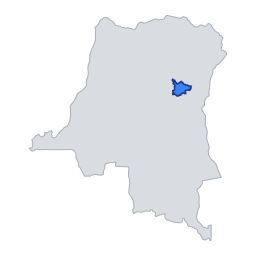 Lubutu, Maniema, Democratic Republic of the Congo shown in context
{"feature_id": "63176286B14336347527587", "entity_name": "Lubutu", "entity_type": "district", "adm_level": 2, "iso_a3": "COD", "parent_name": "Democratic Republic of the Congo", "parent_adm1": "Maniema", "projection": "natural_earth1", "projection_center": [26.789, -0.716], "detail": "fine", "context": "in_parent", "style": "filled", "palette": "blue", "viewbox_px": 256, "rotation_deg": 0, "n_neighbors": 0, "source": "geoboundaries", "source_scale": "gbopen_adm2", "svg_char_len": 6830}
<svg xmlns="http://www.w3.org/2000/svg" viewBox="0 0 256 256"><path d="M221.2,177.4L202.0,180.9L202.4,182.2L202.2,183.5L201.7,184.5L199.8,187.3L196.9,189.8L196.9,190.4L198.3,193.2L199.2,197.1L199.0,203.9L199.4,205.7L199.3,207.2L198.3,208.8L196.4,216.9L197.7,220.9L201.4,224.6L203.6,227.4L207.4,228.3L208.0,228.2L208.2,225.9L211.2,225.0L211.1,239.6L210.9,240.5L210.4,240.6L209.7,240.2L209.4,238.8L208.7,238.2L205.0,240.0L204.1,239.9L203.1,239.6L202.4,238.9L202.2,237.8L199.6,233.5L198.3,233.2L196.9,229.4L191.2,226.6L189.0,226.4L187.9,225.5L186.8,222.5L184.8,220.6L184.4,218.4L184.0,218.1L182.9,218.5L181.9,221.9L180.6,222.7L178.2,222.8L172.4,221.8L168.2,220.1L167.1,220.2L165.4,218.6L164.7,216.0L165.1,214.0L164.7,213.7L158.3,215.4L156.8,216.4L155.4,216.2L154.9,215.6L155.5,214.2L155.2,212.7L154.8,212.0L152.9,211.5L152.3,209.8L151.1,209.6L150.7,209.8L150.4,210.9L149.7,211.3L145.9,210.8L141.9,212.2L136.6,211.8L134.1,213.5L133.7,213.5L133.2,212.6L132.7,209.8L132.9,209.1L133.7,208.5L134.0,207.4L133.7,204.6L133.9,203.9L133.6,202.2L132.8,199.6L131.7,197.5L129.3,194.3L128.8,192.7L129.0,189.1L129.7,183.4L129.6,179.2L128.6,176.4L128.4,173.5L129.0,168.2L128.4,166.9L116.3,166.4L115.8,166.0L115.5,165.3L116.1,162.1L108.7,162.9L106.5,163.5L105.1,164.8L104.6,166.5L104.6,168.8L103.5,171.0L103.2,174.7L101.1,175.1L99.1,175.1L95.1,174.3L91.3,175.4L89.4,176.4L88.4,175.9L85.0,176.3L84.5,176.0L80.6,168.6L78.8,166.2L78.4,165.0L78.6,163.8L78.1,162.3L76.2,158.5L75.9,156.8L76.0,154.0L75.7,153.1L74.1,150.7L73.0,149.9L71.8,149.5L51.9,149.8L45.3,149.4L40.6,149.7L38.1,149.5L37.5,149.1L35.3,149.6L34.1,150.6L32.4,151.1L31.4,150.9L29.3,148.2L32.1,147.7L32.3,147.4L32.4,140.9L31.7,140.0L33.2,138.8L35.6,135.9L37.9,134.9L38.3,134.3L38.8,134.3L39.6,135.6L41.7,137.1L44.2,135.7L44.5,135.4L44.8,132.5L45.4,132.3L46.5,132.9L47.1,132.9L48.2,132.1L51.4,130.7L52.4,132.5L51.5,134.1L51.9,135.3L52.0,137.1L52.5,137.5L55.1,137.7L55.8,137.2L60.8,130.8L62.1,130.0L64.3,127.5L67.1,126.3L68.3,124.3L69.9,120.7L70.6,115.5L70.3,106.4L70.6,105.2L73.9,101.2L77.5,93.8L79.8,91.9L81.6,91.1L84.3,88.4L86.5,85.7L86.2,82.4L86.7,79.7L87.9,76.3L88.3,72.7L87.9,68.8L88.1,65.7L89.7,60.7L89.8,54.9L91.3,50.1L94.2,44.0L95.6,39.5L95.3,35.0L95.7,31.7L95.6,29.7L95.0,28.0L95.3,27.0L96.4,26.5L97.8,24.8L100.2,20.4L102.9,18.3L104.7,17.6L106.6,17.6L107.9,18.0L109.9,19.8L112.2,21.2L114.0,22.9L115.7,25.6L119.8,26.1L121.5,27.1L122.6,27.5L123.0,27.2L123.9,27.4L125.8,28.2L127.3,27.7L135.0,29.5L135.8,28.6L138.0,24.0L139.6,22.4L142.2,22.3L144.2,23.1L145.3,23.1L154.6,19.2L155.8,19.0L159.3,19.9L161.5,19.3L162.4,19.5L164.3,18.8L165.8,16.0L167.1,15.4L180.6,18.4L182.6,16.9L183.6,16.7L186.6,17.8L187.5,19.5L189.3,21.0L190.6,23.4L192.6,24.7L193.6,26.0L194.8,26.9L197.2,27.2L200.3,25.0L202.5,25.3L204.7,26.4L205.5,26.4L207.1,25.1L208.0,23.8L208.8,23.5L210.1,24.1L211.2,25.3L212.1,27.2L215.5,31.3L218.8,33.1L219.6,35.6L220.7,35.4L221.3,35.6L222.2,37.2L222.8,37.5L222.9,38.2L222.1,39.7L221.3,42.6L222.3,44.4L221.5,47.0L221.1,49.6L222.1,50.3L223.5,50.3L224.7,51.6L225.7,51.9L226.7,53.3L226.5,54.6L223.3,58.9L218.5,64.2L216.8,64.9L216.0,65.9L215.4,67.4L214.0,68.7L212.9,69.3L212.8,73.1L211.2,77.1L210.6,77.9L209.7,84.4L209.9,85.5L209.0,90.8L209.1,95.8L206.8,97.3L205.2,99.7L204.5,101.4L204.5,105.4L201.9,107.9L201.7,108.5L202.3,111.3L203.3,111.7L203.3,112.7L205.5,115.7L205.3,125.1L205.4,126.0L206.6,128.2L207.3,132.5L206.5,137.9L209.4,147.8L208.1,151.4L208.7,154.9L210.4,158.5L214.5,162.1L215.6,163.6L216.7,165.5L217.6,168.6L221.2,177.4Z" fill="#d9dde1" stroke="#a8b0b8" stroke-width="1"/><path d="M178.4,83.3L178.2,83.4L178.1,83.5L177.8,83.6L177.6,83.6L177.4,83.7L177.2,83.6L176.9,83.7L176.7,83.7L176.6,83.3L176.6,83.2L176.5,82.9L176.4,82.9L176.2,82.8L176.0,82.7L175.9,82.5L175.9,82.4L175.6,82.2L175.5,82.3L175.4,82.2L175.4,81.8L175.3,81.7L175.2,81.6L175.2,81.4L174.9,81.5L174.8,81.4L174.8,81.2L174.7,81.2L174.4,80.8L174.4,80.7L174.3,80.8L174.2,80.8L174.2,80.7L174.0,80.4L173.9,80.4L173.8,80.2L173.8,80.3L173.6,80.2L173.4,80.0L173.2,80.1L173.0,79.7L172.9,79.7L173.0,79.6L172.9,79.5L172.7,79.5L172.8,79.5L172.8,79.4L172.7,79.3L172.6,79.5L172.4,79.6L172.4,79.8L172.5,80.1L172.7,81.0L172.9,81.5L173.1,81.8L173.3,81.9L173.4,82.2L173.5,82.2L173.7,82.3L173.8,82.5L173.7,82.7L173.6,82.8L173.6,83.0L173.4,83.3L173.2,83.5L173.3,83.8L173.6,84.1L174.0,84.3L174.9,85.1L174.8,85.4L174.7,86.0L174.7,86.6L174.5,86.9L174.5,87.1L174.4,87.1L174.5,87.4L174.5,87.6L174.5,88.4L174.6,89.0L174.7,89.4L174.6,89.8L174.4,90.0L174.2,90.2L173.8,90.3L173.7,90.3L173.5,90.5L173.3,90.5L173.2,90.5L172.8,90.6L172.9,92.2L173.4,92.5L173.5,92.7L173.4,92.8L173.2,92.9L172.9,92.9L172.9,93.0L172.8,93.4L172.7,94.0L172.9,94.3L172.9,94.5L173.0,94.5L173.3,94.5L173.4,94.3L173.2,94.0L173.3,94.0L173.3,93.9L173.5,94.0L173.9,93.7L174.0,93.7L174.0,94.0L174.0,94.3L174.3,94.2L174.7,94.3L174.9,94.4L175.0,94.5L175.3,94.5L175.5,94.4L175.6,94.5L175.7,94.9L175.9,95.0L176.1,95.3L176.4,95.3L176.5,95.4L176.7,95.5L176.8,95.6L176.7,95.7L176.7,95.8L176.8,95.9L177.0,96.0L177.3,95.9L177.5,95.9L177.7,96.0L177.8,96.1L178.0,96.1L178.3,96.0L178.4,95.9L178.5,95.8L178.7,95.7L178.8,95.5L179.0,95.5L179.0,95.3L179.6,95.3L179.7,95.2L180.1,95.2L180.2,94.9L180.3,94.8L180.7,95.0L180.8,95.0L180.8,94.7L180.9,94.4L181.0,94.3L181.1,94.1L181.2,93.9L181.4,93.8L181.5,93.7L181.8,93.7L182.0,93.7L182.2,93.2L182.3,93.2L182.5,93.2L183.0,93.0L183.3,93.1L183.4,92.9L183.4,93.0L183.5,93.0L183.8,93.1L184.0,93.3L184.4,93.4L184.6,93.6L184.8,93.6L184.8,93.4L185.0,93.2L185.3,93.4L185.5,93.3L185.8,93.4L185.9,93.2L185.7,93.0L185.6,92.9L185.5,92.7L185.4,92.6L185.3,92.2L185.2,92.0L185.2,91.9L185.3,91.7L185.2,91.3L185.2,91.2L185.3,91.0L185.2,90.9L185.3,90.8L185.5,90.7L185.8,90.5L185.9,90.4L186.0,90.4L186.3,90.5L186.4,90.4L186.5,90.4L186.8,90.2L187.0,90.1L187.6,89.9L187.8,89.9L188.0,90.0L188.4,89.9L188.5,90.1L188.8,90.1L189.0,90.3L189.1,90.2L189.2,90.3L189.3,90.2L189.4,90.3L189.6,90.2L189.7,89.8L189.8,89.9L190.2,89.8L190.4,89.7L190.4,89.2L190.5,88.9L190.5,88.6L190.6,88.2L190.8,88.1L190.7,88.0L190.8,87.9L190.8,87.6L190.7,87.4L190.8,87.3L191.0,87.2L190.9,86.9L191.0,86.6L191.0,86.4L191.1,86.2L189.3,86.2L189.0,86.1L188.8,86.0L188.8,85.9L188.6,86.0L188.6,85.9L188.3,85.7L188.2,85.6L187.9,85.5L187.6,85.4L187.5,85.2L187.3,85.0L187.2,85.0L186.9,85.3L186.5,85.3L186.4,85.3L186.1,85.3L186.0,85.2L186.0,84.9L185.9,84.8L185.7,84.7L185.4,84.5L185.2,84.5L184.8,84.5L184.7,84.5L184.4,84.5L184.2,84.4L183.9,84.2L183.7,84.0L183.7,83.9L183.5,83.7L183.4,83.8L183.3,83.7L183.3,83.8L183.2,83.7L183.2,83.4L183.1,83.2L182.9,82.8L182.7,82.8L182.7,82.7L182.5,82.4L182.4,82.4L182.2,82.4L181.9,82.3L181.9,82.2L181.7,82.2L181.4,81.8L181.3,82.0L181.2,82.0L181.2,81.9L181.1,81.7L180.9,81.6L180.7,81.6L180.6,81.9L180.7,82.0L180.8,82.0L180.6,82.3L180.4,82.2L180.2,82.1L179.9,82.4L179.8,82.5L179.4,82.9L178.9,83.0L178.4,83.4L178.4,83.3Z" fill="#3b82f6" stroke="#1e3a8a" stroke-width="1.5"/></svg>